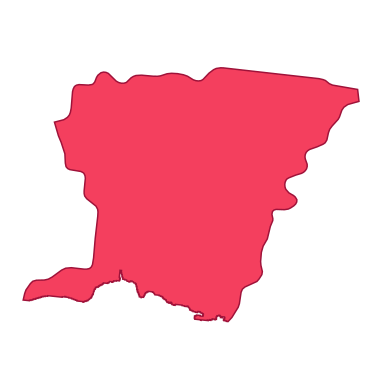 outline of La Romana, La Romana, Dominican Republic, rotated 6°
{"feature_id": "3306468B23578023399759", "entity_name": "La Romana", "entity_type": "district", "adm_level": 2, "iso_a3": "DOM", "parent_name": "Dominican Republic", "parent_adm1": "La Romana", "projection": "mercator", "projection_center": [-68.939, 18.464], "detail": "fine", "context": "isolated", "style": "filled", "palette": "rose", "viewbox_px": 384, "rotation_deg": 6, "n_neighbors": 0, "source": "geoboundaries", "source_scale": "gbopen_adm2", "svg_char_len": 5913}
<svg xmlns="http://www.w3.org/2000/svg" viewBox="0 0 384 384"><g transform="rotate(6 192 192)"><path d="M346.0,72.7L320.6,71.0L317.2,69.9L313.1,67.2L310.6,66.5L306.4,66.0L210.4,65.3L207.5,65.5L203.2,66.6L200.7,68.1L196.5,72.0L191.3,78.8L189.5,80.2L186.9,80.9L184.3,80.9L181.6,80.3L175.4,77.3L171.2,76.3L165.2,75.8L159.2,76.1L154.9,77.0L148.5,79.8L145.7,80.5L141.4,80.9L129.6,81.1L124.1,82.0L121.6,83.2L119.5,84.8L115.3,89.9L113.0,90.9L110.4,91.2L107.7,90.8L105.1,89.7L96.4,82.8L93.9,82.0L91.5,82.0L89.0,82.9L86.2,85.7L85.1,88.0L83.8,92.7L82.5,94.7L81.5,95.5L77.8,96.5L68.4,97.0L66.0,97.8L64.9,98.6L64.0,99.6L63.1,102.0L62.7,104.7L63.1,121.2L62.7,125.6L61.9,128.4L60.3,130.8L57.0,133.5L47.9,136.9L53.3,150.1L56.7,156.3L61.6,167.3L63.0,176.5L64.1,180.0L65.9,181.7L68.1,182.5L79.3,183.2L81.6,184.1L82.6,184.8L83.9,187.0L84.5,189.5L84.6,202.1L84.9,204.8L85.7,207.2L88.0,209.7L98.0,216.1L100.0,219.1L100.6,221.7L100.8,225.9L100.6,248.4L101.0,267.9L100.6,274.7L99.7,277.1L98.8,278.1L97.8,278.9L95.4,279.7L92.8,280.0L79.9,279.9L74.3,281.0L70.5,283.3L61.8,291.2L58.2,293.7L54.3,295.0L46.5,296.0L43.0,297.4L40.9,299.9L37.1,306.8L36.2,310.5L35.4,317.1L41.7,317.1L41.7,316.6L43.2,316.6L43.2,316.1L44.7,316.1L44.7,315.5L45.7,315.5L45.7,315.0L47.3,315.0L47.3,314.5L48.2,314.5L48.2,313.9L49.8,313.9L49.8,313.4L50.8,313.4L50.8,312.9L52.3,312.9L52.3,312.4L53.3,312.4L53.3,311.8L54.8,311.8L54.8,311.3L56.8,311.3L56.8,310.8L59.3,310.8L59.3,310.2L73.9,310.2L73.9,309.7L76.4,309.7L76.4,309.2L77.4,309.2L77.4,309.7L80.4,309.7L80.4,310.2L83.4,310.2L83.4,310.8L85.4,310.8L85.4,311.3L87.4,311.3L87.4,311.8L89.0,311.8L89.0,312.4L95.0,312.4L95.0,312.9L95.5,312.9L95.5,312.4L96.5,312.4L96.5,311.8L98.0,311.8L98.0,311.3L99.0,311.3L99.0,310.8L100.0,310.8L100.0,310.2L101.0,309.7L101.0,309.2L101.5,309.2L102.0,308.1L102.5,308.1L102.5,307.6L103.0,307.6L103.0,306.5L103.5,306.5L103.5,304.9L104.0,304.9L104.0,303.9L104.5,303.9L104.5,301.2L105.0,301.2L105.0,299.1L105.5,299.1L105.5,298.6L106.0,298.6L106.0,297.0L107.0,297.0L107.0,296.5L108.5,296.5L108.5,295.9L109.0,295.9L109.0,295.4L109.5,295.4L109.5,294.9L110.1,294.9L110.1,294.4L111.1,294.4L111.1,293.8L112.1,293.8L112.1,293.3L112.6,293.3L112.6,292.8L113.1,292.8L113.1,292.2L113.6,292.2L113.6,291.7L117.6,291.7L117.6,291.2L118.6,291.2L118.6,290.6L119.1,290.6L119.6,289.6L121.6,289.6L121.6,290.1L122.1,290.1L122.1,289.6L123.1,289.6L123.1,289.1L123.6,289.1L123.6,288.5L126.1,288.5L126.1,288.0L129.1,288.0L129.1,286.9L129.6,286.9L129.6,285.4L129.1,285.4L129.1,284.3L128.6,284.3L128.6,277.4L130.1,277.4L130.1,280.1L130.6,280.1L130.6,281.6L131.2,281.6L131.2,283.2L131.6,283.2L131.6,284.3L132.2,284.3L132.2,285.9L134.2,285.9L134.2,286.4L136.2,286.4L136.7,287.5L138.7,287.5L138.7,288.0L139.7,288.0L140.2,286.9L141.7,286.9L141.7,287.5L143.2,287.5L143.7,288.5L145.2,288.5L145.2,289.1L145.7,289.1L145.7,289.6L146.2,289.6L146.2,291.2L146.7,291.2L146.7,292.2L147.2,292.2L147.2,294.4L147.7,294.4L147.7,294.9L148.2,294.9L148.2,295.4L147.7,295.4L147.7,295.9L148.2,295.9L148.2,297.0L148.7,297.0L148.7,297.5L149.2,297.5L149.2,298.6L149.7,298.6L149.7,299.6L150.2,299.6L150.2,300.7L150.7,300.7L150.7,301.8L152.3,301.8L152.3,302.3L152.7,302.3L152.7,301.8L154.8,301.8L154.8,300.7L155.3,300.7L155.3,299.6L155.8,299.6L155.8,298.1L156.3,298.1L156.3,297.0L157.3,297.0L157.3,296.5L157.8,296.5L157.8,295.9L158.8,295.9L158.8,295.4L163.3,295.4L163.3,295.9L164.3,295.9L164.8,297.0L165.3,297.0L165.8,298.1L170.3,298.1L170.3,298.6L171.8,298.6L171.8,299.1L173.4,299.1L173.4,299.6L173.9,299.6L173.9,300.2L174.4,300.2L174.4,300.7L174.9,300.7L174.9,301.2L175.9,301.2L175.9,301.8L177.4,301.8L177.4,302.8L177.9,302.8L178.4,303.9L178.9,303.9L178.9,304.4L179.4,304.4L179.4,303.9L180.4,303.9L180.4,304.9L181.9,304.9L181.9,304.4L182.4,304.4L182.4,303.9L182.9,303.9L182.9,304.4L183.4,304.4L183.4,305.5L183.9,305.5L183.9,306.0L185.4,306.0L185.4,306.5L186.9,306.5L186.9,306.0L187.4,306.0L187.4,305.5L194.0,305.5L194.0,306.0L196.5,306.0L196.5,306.5L199.0,306.5L199.0,306.0L200.0,306.0L200.5,307.1L201.0,307.1L201.5,308.1L202.0,308.1L202.0,309.2L202.5,309.2L202.5,309.7L204.0,309.7L204.0,310.2L205.5,310.2L205.5,310.8L208.0,310.8L208.0,311.3L210.0,311.3L210.0,310.8L210.5,310.8L210.5,310.2L212.5,310.2L212.5,310.8L213.1,310.8L213.1,311.3L214.6,311.3L214.6,311.8L215.6,311.8L215.6,312.4L216.1,312.4L216.1,313.9L215.6,313.9L215.6,314.5L213.1,314.5L213.1,313.9L209.5,313.9L209.5,314.5L208.5,314.5L208.5,315.0L207.5,315.0L207.5,317.1L208.0,317.1L208.0,318.2L214.0,318.2L214.0,318.7L214.6,318.7L214.6,318.2L220.6,318.2L220.6,317.7L221.1,317.7L221.1,318.2L221.6,318.2L221.6,317.7L223.1,317.7L223.1,317.1L223.6,317.1L223.6,317.7L224.1,317.7L224.1,317.1L225.1,317.1L225.1,316.6L225.6,316.6L225.6,316.1L227.6,316.1L227.6,316.6L228.6,316.6L228.6,316.1L229.6,316.1L229.6,315.5L229.1,315.5L229.1,313.9L229.6,313.9L229.6,312.9L230.1,312.9L230.1,312.4L231.6,312.4L231.6,311.8L232.6,311.8L232.6,312.4L233.1,312.4L233.1,312.9L233.8,312.9L233.6,313.9L235.2,313.9L235.2,312.9L237.2,312.9L237.2,313.4L237.7,313.4L237.7,315.0L236.7,315.0L236.7,316.1L237.2,316.1L237.2,316.6L239.7,316.6L239.7,317.1L241.4,317.1L244.8,312.6L250.0,301.8L250.8,298.1L251.3,286.6L252.3,283.3L254.6,280.9L265.9,274.2L267.8,271.5L270.1,266.9L270.3,263.8L268.2,257.7L267.5,254.0L267.3,244.7L268.4,238.4L271.8,230.8L273.5,218.1L275.3,212.0L275.2,210.1L273.8,205.8L274.1,202.9L275.5,201.3L277.5,200.5L285.8,199.9L289.5,198.9L291.8,197.5L294.7,195.1L296.3,193.2L297.2,191.0L297.1,188.7L295.2,186.2L293.5,185.0L288.4,182.7L285.0,179.5L284.0,177.4L283.5,174.9L283.6,172.6L284.3,170.3L284.9,169.3L286.6,167.9L293.5,164.3L299.0,162.0L300.9,160.7L302.4,159.0L303.5,157.0L303.9,154.6L303.6,152.3L301.3,147.5L300.7,145.4L300.7,143.0L301.4,140.7L302.7,138.9L304.5,137.4L311.9,133.9L317.6,130.6L319.3,129.1L320.7,126.1L321.5,118.8L322.4,115.2L324.4,111.8L329.8,104.4L330.8,102.0L332.5,94.9L334.2,91.8L337.8,88.7L348.6,84.4L346.0,72.7Z" fill="#f43f5e" stroke="#9f1239" stroke-width="1.5"/></g></svg>